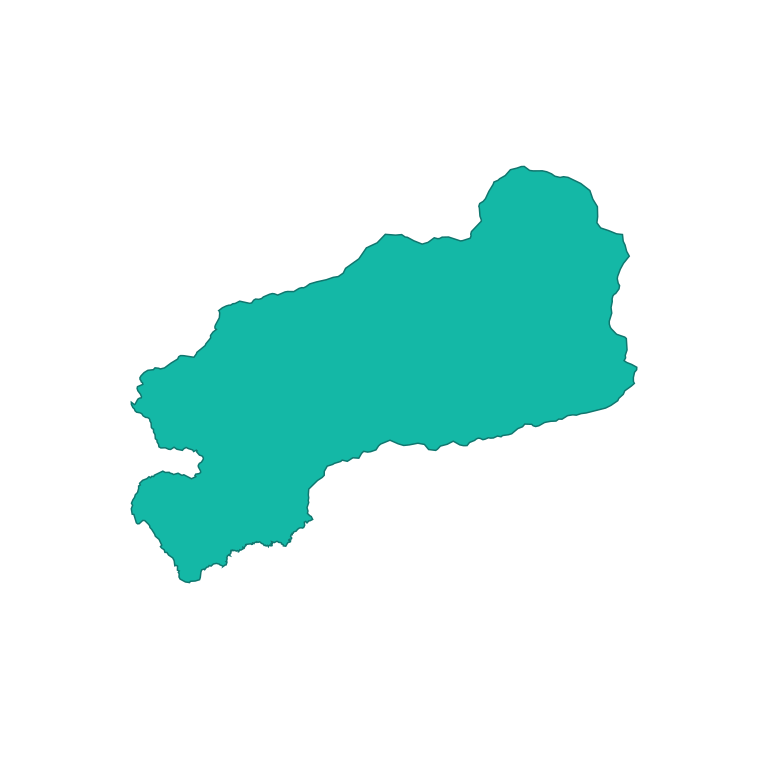 Menkhoaneng, Leribe, Lesotho (Mercator projection), rotated 310°
{"feature_id": "5366337B76816657583233", "entity_name": "Menkhoaneng", "entity_type": "district", "adm_level": 2, "iso_a3": "LSO", "parent_name": "Lesotho", "parent_adm1": "Leribe", "projection": "mercator", "projection_center": [28.291, -28.899], "detail": "fine", "context": "isolated", "style": "filled", "palette": "teal", "viewbox_px": 768, "rotation_deg": 310, "n_neighbors": 0, "source": "geoboundaries", "source_scale": "gbopen_adm2", "svg_char_len": 6171}
<svg xmlns="http://www.w3.org/2000/svg" viewBox="0 0 768 768"><g transform="rotate(310 384 384)"><path d="M521.5,573.8L523.9,573.1L530.0,573.9L533.5,572.8L541.4,574.8L545.4,575.4L546.2,573.5L549.2,570.9L554.0,568.4L557.3,568.4L559.3,566.9L558.2,561.2L556.5,556.1L556.2,552.9L559.3,552.3L561.0,550.4L566.3,548.3L574.6,540.4L574.7,538.3L571.6,530.2L572.4,522.6L572.9,520.9L574.7,518.1L576.9,516.2L584.7,512.9L588.5,508.8L593.8,505.9L595.9,504.0L598.6,502.7L600.9,502.7L602.2,503.3L607.9,502.9L610.8,501.2L611.7,498.7L614.6,495.0L616.6,493.8L623.9,491.2L630.4,489.9L639.6,489.7L641.6,484.6L645.4,479.3L647.1,475.5L651.8,470.6L648.5,465.6L645.9,457.5L642.9,449.9L643.2,447.9L644.4,443.4L649.4,440.2L657.0,433.5L659.8,425.2L664.5,417.4L664.1,405.9L660.6,392.2L658.2,388.3L655.4,386.1L653.0,381.3L652.7,377.3L651.2,372.3L649.1,368.3L643.2,361.4L641.2,358.3L640.8,351.6L638.8,349.4L634.9,347.1L629.4,343.1L621.6,342.9L615.7,340.7L613.3,340.4L609.4,338.4L607.1,339.3L599.1,340.5L591.2,342.6L587.7,342.6L583.8,341.3L581.1,342.4L580.2,343.8L574.3,349.6L572.3,353.0L571.2,353.9L557.0,353.0L554.6,354.1L553.4,355.5L551.1,356.3L544.4,352.1L542.8,350.7L538.1,339.0L533.8,334.1L531.1,333.0L529.8,331.7L528.3,328.5L520.8,326.7L515.7,323.3L512.9,314.8L511.4,307.6L510.2,305.8L509.8,301.5L505.5,297.2L499.5,288.8L487.7,288.0L477.0,283.0L463.7,284.3L447.9,280.2L442.8,281.5L436.9,279.9L433.0,276.5L426.8,272.8L419.0,266.8L413.0,262.8L408.2,261.6L405.9,260.5L405.0,259.1L402.7,257.5L396.8,255.5L392.9,250.7L390.9,249.0L383.8,245.4L382.6,242.0L381.5,240.3L379.1,238.6L373.1,235.6L370.8,235.3L368.4,233.7L366.5,231.0L364.5,230.3L361.0,230.5L359.4,229.2L354.7,220.2L350.0,218.2L348.3,216.6L345.6,215.7L344.8,214.6L342.4,213.0L338.5,211.2L334.0,210.2L334.0,210.8L332.8,212.5L328.9,215.3L320.7,217.0L319.1,217.7L318.1,218.7L318.1,220.5L313.8,219.6L309.7,219.9L307.8,221.6L300.3,221.7L298.5,222.3L288.0,220.3L286.4,220.9L282.3,221.2L276.9,212.3L275.0,209.9L272.9,209.2L270.5,209.9L263.1,207.4L255.2,205.5L251.8,203.0L251.2,201.2L249.2,198.2L246.7,198.1L242.7,194.3L238.6,192.9L234.2,192.6L231.9,193.0L230.6,194.3L230.4,195.7L229.6,196.6L229.8,198.1L228.7,199.5L223.5,196.9L221.9,197.7L220.6,199.8L219.6,204.1L218.3,206.5L217.3,206.9L215.9,205.7L214.1,205.2L208.5,206.3L207.8,206.0L207.6,202.2L205.9,203.7L204.5,206.9L204.5,208.5L203.4,210.7L203.4,212.6L205.2,215.8L205.5,217.7L204.8,219.9L205.2,222.8L206.3,224.4L206.6,226.0L206.3,227.3L205.2,228.5L204.5,230.5L201.2,233.7L200.9,235.3L201.2,236.5L199.1,238.3L198.1,241.1L195.1,244.0L195.1,246.1L193.7,247.5L193.0,249.8L191.2,252.0L191.6,254.2L194.6,257.5L195.6,261.0L196.7,262.6L200.6,263.8L200.9,267.3L203.6,272.2L205.5,272.2L208.2,273.2L208.8,275.7L210.5,279.8L209.9,281.6L212.7,282.8L212.7,283.7L211.6,284.2L210.9,288.3L211.8,290.5L211.8,291.7L211.2,293.1L210.2,293.9L206.8,294.4L204.5,293.6L202.3,294.0L201.2,295.0L199.4,299.5L198.3,300.4L196.6,300.0L193.9,297.7L192.2,298.1L192.0,299.4L187.7,297.4L185.8,289.0L184.1,287.9L183.3,283.6L179.4,281.0L179.1,279.2L178.3,277.8L178.3,276.3L175.6,273.2L175.1,270.6L166.5,266.7L165.1,267.1L164.0,265.4L162.2,265.4L161.9,263.6L159.0,263.2L155.1,261.0L150.8,260.6L150.0,262.2L148.1,261.6L146.4,263.1L142.5,264.9L139.3,264.7L136.8,265.8L133.9,266.1L130.3,267.2L129.5,269.4L126.0,270.6L122.4,274.8L123.3,276.2L118.5,283.5L118.5,285.1L119.7,286.3L124.4,286.9L125.6,288.5L125.2,293.6L124.8,295.5L123.6,297.0L123.3,299.5L121.6,304.7L120.4,306.7L120.4,311.5L117.7,317.3L115.7,317.3L115.4,319.1L115.7,322.2L114.2,324.4L115.4,326.0L114.5,328.9L115.0,333.9L113.8,336.8L110.3,340.6L111.4,341.3L111.8,342.9L108.6,345.4L109.1,347.4L107.4,347.6L107.1,349.0L104.4,351.0L103.5,353.2L104.7,359.1L106.9,362.7L108.3,362.5L108.8,362.9L111.7,366.0L115.5,368.5L117.6,367.7L122.3,364.6L124.4,363.8L126.6,365.1L126.5,366.0L129.5,365.9L131.2,367.0L132.5,366.7L133.4,368.6L136.5,369.0L138.9,371.0L140.1,373.5L140.0,374.4L141.0,377.9L140.7,378.0L143.3,378.7L143.9,379.3L146.3,378.4L146.4,377.2L147.1,377.6L148.0,376.6L149.2,376.3L149.7,375.2L151.0,375.0L151.5,374.5L153.0,374.9L153.5,376.3L153.8,375.0L154.5,375.5L156.3,375.3L157.1,374.4L157.7,374.4L157.7,373.9L158.3,373.8L158.5,374.7L159.2,374.5L159.7,375.0L159.6,375.8L160.6,376.6L161.1,378.3L162.1,378.7L162.3,379.8L161.8,380.3L162.0,380.5L164.4,380.1L164.7,381.1L167.2,382.0L168.2,381.0L168.4,382.4L170.1,381.8L171.6,382.1L172.1,381.3L172.5,381.5L176.0,384.7L175.9,385.5L176.6,386.2L177.3,386.1L177.6,385.5L177.9,385.5L178.2,387.0L179.1,386.8L180.2,387.2L180.6,388.0L181.4,387.9L181.6,389.2L183.2,390.2L183.2,392.7L183.7,394.1L183.3,396.0L184.3,396.8L184.1,397.8L185.5,398.5L185.1,400.0L186.0,399.7L187.0,400.0L187.3,401.4L188.2,402.1L188.8,401.8L188.8,400.3L189.1,400.1L190.1,400.9L191.0,399.2L192.0,401.9L194.4,402.9L194.9,403.6L195.0,405.2L196.2,406.9L196.2,407.6L195.6,408.3L196.2,409.9L195.3,410.9L196.6,413.0L200.5,412.3L203.0,413.7L203.8,413.2L203.0,412.1L203.2,411.3L204.3,411.4L205.4,412.5L206.1,412.6L206.8,412.1L207.1,410.5L208.7,409.8L209.6,410.6L210.4,409.6L211.3,410.3L212.6,409.9L214.9,411.3L217.0,411.2L219.2,411.7L220.5,412.8L221.3,414.2L222.5,414.7L224.7,414.1L226.9,411.8L228.4,412.4L228.1,414.3L230.8,414.4L231.8,415.3L234.4,416.4L235.7,413.5L235.4,411.7L235.7,408.5L237.8,407.4L239.8,404.5L244.8,402.5L246.0,400.9L248.4,399.5L250.4,397.3L255.1,393.9L267.4,395.1L272.7,396.7L275.6,396.9L278.7,394.4L284.6,393.3L289.4,396.4L291.3,397.0L296.8,400.6L298.8,400.9L301.2,405.6L307.5,407.6L311.0,412.4L316.4,411.4L319.3,411.7L321.3,415.2L323.6,417.3L328.4,420.2L333.1,419.6L335.8,420.0L344.8,424.7L347.3,433.3L349.6,438.6L353.5,442.4L360.4,448.0L363.7,453.8L362.5,460.3L366.4,466.3L368.5,466.9L372.7,467.1L378.5,471.2L384.7,473.8L386.1,481.2L387.9,484.6L390.2,487.2L394.2,487.1L399.1,489.7L401.4,490.1L403.2,491.1L404.2,492.7L404.9,495.5L406.7,496.9L409.9,498.5L411.1,500.5L413.0,502.5L417.1,504.4L418.8,507.6L420.8,508.0L425.2,512.0L428.0,513.8L435.9,515.2L440.3,517.6L443.8,517.6L448.1,523.1L447.9,525.1L448.9,527.5L451.6,529.5L457.6,531.7L459.1,532.8L462.6,535.7L466.2,539.6L469.4,540.4L471.5,543.0L477.8,545.0L481.7,548.4L483.8,551.4L488.0,554.0L491.8,557.5L508.0,569.2L513.5,571.6L521.5,573.8Z" fill="#14b8a6" stroke="#0f766e" stroke-width="1.5"/></g></svg>